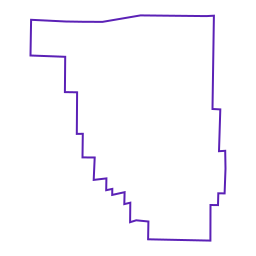 Reynolds, Missouri, United States of America
{"feature_id": "52423323B46957105965070", "entity_name": "Reynolds", "entity_type": "district", "adm_level": 2, "iso_a3": "USA", "parent_name": "United States of America", "parent_adm1": "Missouri", "projection": "robinson", "projection_center": [-90.999, 37.327], "detail": "fine", "context": "isolated", "style": "outline", "palette": "violet", "viewbox_px": 256, "rotation_deg": 0, "n_neighbors": 0, "source": "geoboundaries", "source_scale": "gbopen_adm2", "svg_char_len": 581}
<svg xmlns="http://www.w3.org/2000/svg" viewBox="0 0 256 256"><path d="M210.4,240.6L210.5,205.0L218.0,205.1L218.3,193.3L224.6,193.4L225.5,168.7L225.2,150.8L219.0,151.2L220.3,109.4L212.5,109.0L213.9,15.7L206.4,16.1L140.5,15.4L102.3,21.9L90.2,21.8L84.0,21.8L65.7,21.5L31.1,19.8L30.5,55.5L65.2,56.8L64.9,92.1L77.1,92.3L76.9,122.1L76.8,133.9L82.8,133.8L82.5,157.4L94.7,157.5L93.7,179.9L106.4,178.4L106.2,190.2L112.3,188.9L112.2,194.9L124.6,192.2L124.3,204.1L130.3,202.7L130.1,222.2L136.2,220.3L148.4,221.5L148.1,239.3L210.4,240.6Z" fill="none" stroke="#5b21b6" stroke-width="2"/></svg>